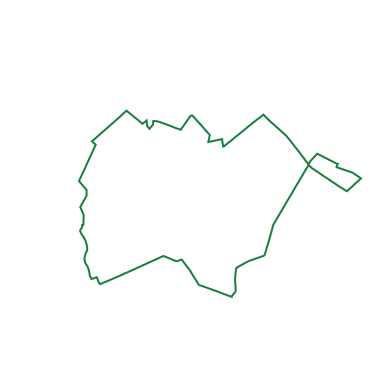 23 August, Constanta, Romania, rotated 137°
{"feature_id": "2599482B30382262964220", "entity_name": "23 August", "entity_type": "district", "adm_level": 2, "iso_a3": "ROU", "parent_name": "Romania", "parent_adm1": "Constanta", "projection": "albers", "projection_center": [28.545, 43.923], "detail": "fine", "context": "isolated", "style": "outline", "palette": "green", "viewbox_px": 384, "rotation_deg": 137, "n_neighbors": 0, "source": "geoboundaries", "source_scale": "gbopen_adm2", "svg_char_len": 5539}
<svg xmlns="http://www.w3.org/2000/svg" viewBox="0 0 384 384"><g transform="rotate(137 192 192)"><path d="M234.6,88.5L234.4,88.2L234.3,88.3L234.0,88.5L233.7,88.7L233.1,88.8L231.1,89.1L229.2,89.3L228.1,89.5L227.4,89.9L227.0,90.4L226.9,90.5L225.5,92.2L225.4,92.3L224.1,93.9L220.9,97.8L220.2,98.6L217.5,101.1L213.4,104.8L212.8,105.3L212.4,105.6L211.9,105.8L211.5,105.9L211.4,106.0L211.1,106.0L210.5,106.0L210.1,106.0L209.5,105.9L207.3,105.3L203.6,104.4L200.3,103.5L199.1,103.2L197.3,102.7L195.5,101.9L186.1,97.7L185.6,97.6L184.1,96.9L183.3,96.5L182.7,96.4L182.2,96.4L181.7,96.5L181.3,96.7L180.6,97.1L179.8,97.6L175.2,100.3L172.6,101.8L171.4,102.5L169.1,103.8L168.1,104.4L165.3,106.2L162.1,108.1L160.1,109.4L158.3,110.5L157.2,111.2L155.8,112.1L155.1,112.5L154.7,112.6L154.1,112.8L152.9,113.2L147.7,114.7L142.0,116.4L134.3,118.7L127.4,120.8L123.9,121.8L119.4,123.1L114.8,124.5L110.8,125.7L105.3,127.3L105.2,127.3L102.9,128.0L100.6,128.7L98.2,129.4L96.5,129.9L94.9,130.4L92.9,131.0L90.8,131.5L89.6,131.9L88.3,132.3L88.3,132.1L88.3,130.7L88.1,129.9L88.2,129.7L88.2,129.4L88.2,128.9L88.2,128.4L87.3,124.6L86.4,120.8L85.5,116.9L84.7,113.1L84.1,110.9L83.6,108.7L83.1,106.7L82.6,104.4L82.0,102.0L81.5,99.8L81.0,97.6L80.4,95.2L79.8,92.9L79.1,90.2L78.5,87.5L78.2,86.9L73.5,86.8L68.9,86.8L64.1,86.8L62.0,86.7L59.8,86.7L59.4,86.8L59.2,86.8L60.0,90.7L60.7,93.5L61.3,96.3L61.4,96.6L62.5,98.7L63.6,100.7L63.6,100.8L66.5,106.2L69.3,111.5L69.0,112.0L66.4,113.1L66.5,113.2L67.8,116.6L68.5,118.7L69.5,121.4L71.9,128.0L74.3,134.6L75.4,134.5L76.7,134.4L77.6,134.4L78.9,134.3L79.7,134.2L81.0,134.1L81.7,134.1L82.9,134.0L83.6,133.9L84.4,133.9L84.9,133.7L86.1,133.4L87.8,132.9L87.9,133.0L88.0,133.2L87.7,135.1L87.6,136.9L87.5,138.1L87.3,139.6L87.0,141.1L87.0,141.5L87.0,141.8L86.9,143.6L86.7,145.4L86.4,147.2L86.0,152.9L86.0,153.0L85.9,154.5L85.7,156.2L85.5,157.9L85.4,159.5L85.3,161.1L85.2,162.4L85.1,163.7L85.0,165.2L84.9,166.7L84.7,167.8L84.7,168.8L84.7,169.0L84.9,170.4L85.0,171.7L85.0,172.3L85.1,173.3L85.2,174.1L85.3,175.2L85.3,176.1L85.5,178.0L85.7,180.1L86.1,184.3L86.2,185.2L86.2,186.1L86.4,187.9L86.5,188.8L86.6,189.7L86.7,191.1L86.7,191.8L87.1,199.9L87.3,199.9L88.6,200.0L90.5,200.1L91.7,200.2L92.6,200.3L93.5,200.4L95.9,200.7L96.3,200.7L97.2,200.8L97.8,200.8L99.0,200.9L100.1,201.0L100.6,201.0L101.7,201.2L102.0,201.2L103.7,201.3L105.8,201.5L108.2,201.7L108.3,201.6L109.8,201.7L111.3,201.8L118.0,202.2L118.5,202.3L120.2,202.4L121.1,202.5L123.4,202.6L128.2,202.9L131.6,203.2L132.8,203.3L134.0,203.3L135.8,203.5L138.0,203.6L138.2,203.9L138.2,204.0L137.9,204.4L137.8,204.6L136.9,205.9L135.7,207.7L135.5,208.1L135.4,208.3L135.0,208.7L134.9,208.9L134.4,209.5L133.9,210.1L135.7,211.2L137.7,212.4L139.5,213.5L141.7,214.8L142.8,215.5L143.8,216.1L146.0,217.4L145.9,217.5L142.9,219.6L140.7,221.1L140.1,221.5L140.1,222.0L140.0,226.2L139.9,230.0L139.7,235.7L139.7,236.1L139.6,247.8L139.9,248.0L140.0,248.1L140.6,248.4L140.9,248.6L141.2,248.7L141.4,248.7L142.7,248.4L143.4,248.3L144.5,248.0L146.4,247.6L146.6,247.6L149.6,246.9L151.2,246.6L152.1,246.4L157.6,245.3L157.8,245.2L157.9,245.5L160.2,249.7L160.5,250.2L162.6,254.9L164.7,259.0L167.2,263.8L167.8,265.0L169.3,267.6L169.8,268.1L170.7,269.0L171.8,270.3L172.8,269.6L173.5,268.9L174.0,268.4L174.9,267.8L175.8,267.8L177.1,267.6L178.2,267.5L179.0,267.4L179.9,267.2L180.0,268.7L179.8,270.3L179.2,271.7L178.5,272.4L176.7,274.9L176.4,275.3L181.6,275.6L182.1,278.9L182.2,280.2L182.9,284.7L183.6,290.3L184.5,296.2L186.3,296.2L187.3,296.2L188.3,296.2L189.2,296.2L189.8,296.2L189.7,296.2L191.0,296.2L193.8,296.2L195.2,296.3L195.8,296.3L196.2,296.3L196.4,296.3L196.5,296.3L196.8,296.4L197.1,296.4L197.4,296.3L197.6,296.3L211.0,296.7L230.6,297.3L230.2,292.3L254.3,282.3L267.2,277.1L267.7,265.3L271.8,261.1L284.0,257.2L286.4,250.4L287.1,249.0L288.0,247.9L293.9,242.1L294.0,242.1L294.4,242.6L294.7,242.8L295.3,242.2L295.9,241.7L296.5,241.2L297.2,241.0L297.8,241.0L298.6,240.8L299.6,240.4L300.3,239.8L300.5,239.5L300.7,238.9L301.0,238.0L301.4,236.9L301.5,236.6L301.6,236.2L301.7,234.9L301.7,234.6L301.8,234.0L301.9,233.4L302.1,232.4L302.4,231.4L302.7,230.4L302.9,229.5L303.0,229.2L303.4,228.6L303.6,228.1L303.8,227.6L304.4,226.4L305.4,224.6L305.6,224.3L305.9,223.7L306.7,222.7L307.5,221.8L308.0,221.3L308.6,220.7L309.4,220.4L310.0,220.3L310.6,220.1L311.5,219.8L312.2,219.2L312.9,218.8L313.1,218.7L313.9,218.2L314.9,217.6L315.6,217.0L316.4,216.2L317.1,215.3L317.6,214.5L318.2,213.6L318.4,212.9L318.6,212.2L318.7,211.4L318.8,210.8L318.9,210.5L319.0,209.5L319.3,208.5L319.9,207.0L320.1,206.6L320.8,205.4L321.2,204.4L321.8,203.4L322.5,202.3L322.9,201.7L323.2,201.3L323.6,200.8L323.8,200.5L324.1,199.8L324.2,199.5L324.4,199.0L324.4,198.6L324.5,197.8L324.6,197.4L324.7,197.2L324.8,196.8L319.8,194.7L319.8,194.4L319.9,194.1L321.0,191.5L321.6,190.2L321.9,188.9L322.0,188.4L322.0,187.3L321.5,187.1L316.3,185.2L315.8,185.0L313.7,184.2L310.6,183.1L309.0,182.5L308.9,182.5L307.6,182.0L304.2,180.8L299.6,179.1L298.5,178.8L297.7,178.9L296.2,178.0L295.9,177.9L295.3,177.7L293.5,177.1L293.4,177.1L291.4,176.4L289.7,175.8L283.7,173.8L279.2,172.3L277.0,171.6L275.4,171.0L273.1,170.3L270.9,169.5L267.5,168.4L264.9,167.5L261.9,166.5L259.9,165.8L257.0,164.9L256.6,164.6L256.3,164.3L256.1,163.8L255.4,162.3L254.1,159.5L252.7,156.2L251.0,152.7L250.5,151.8L249.9,151.5L245.6,149.7L245.8,148.1L246.2,143.8L246.2,143.7L247.0,135.5L247.2,135.1L247.7,132.7L248.4,129.5L249.3,124.7L250.2,120.3L250.3,119.8L250.4,119.6L249.7,118.1L249.4,117.6L247.3,113.6L241.1,101.5L237.2,93.7L236.9,93.0L234.6,88.5Z" fill="none" stroke="#15803d" stroke-width="2"/></g></svg>